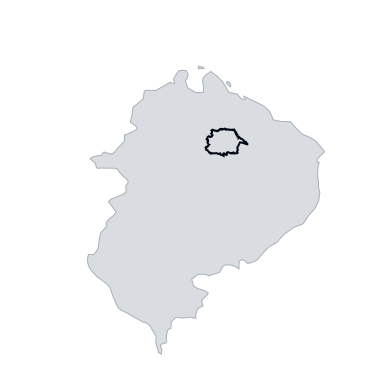 location of Phnum Kravanh, Pouthisat, Cambodia, rotated 142°
{"feature_id": "14789045B35445184191564", "entity_name": "Phnum Kravanh", "entity_type": "district", "adm_level": 2, "iso_a3": "KHM", "parent_name": "Cambodia", "parent_adm1": "Pouthisat", "projection": "orthographic", "projection_center": [103.822, 12.181], "detail": "fine", "context": "in_parent", "style": "outline", "palette": "ink", "viewbox_px": 384, "rotation_deg": 142, "n_neighbors": 0, "source": "geoboundaries", "source_scale": "gbopen_adm2", "svg_char_len": 7662}
<svg xmlns="http://www.w3.org/2000/svg" viewBox="0 0 384 384"><g transform="rotate(142 192 192)"><path d="M316.2,83.2L317.1,86.0L315.1,91.3L313.0,96.1L309.0,100.3L308.8,103.3L307.5,112.5L308.1,115.4L309.1,117.9L310.5,119.2L314.2,128.1L317.5,136.2L320.8,142.8L321.4,147.0L318.7,157.7L315.4,167.6L315.8,172.5L317.3,177.4L319.0,183.9L319.7,192.3L318.9,197.7L317.4,201.1L314.5,204.7L311.9,206.5L308.7,203.6L306.3,203.5L303.0,204.4L300.4,205.8L295.1,210.9L289.3,216.0L281.1,217.3L278.0,221.0L274.6,221.6L268.1,221.8L263.9,222.7L264.1,224.6L263.8,233.3L263.9,235.4L263.3,235.9L260.4,236.2L255.4,234.9L248.6,232.8L243.9,232.5L241.4,236.3L240.0,237.8L238.2,238.1L236.3,238.8L235.7,240.5L235.5,242.6L236.5,246.2L236.9,252.0L236.6,255.9L238.4,258.4L248.7,266.7L251.8,268.8L252.2,270.0L250.4,274.6L252.0,281.0L248.8,280.9L243.4,278.2L240.8,276.5L237.7,277.9L236.7,277.6L234.5,274.5L231.8,271.3L228.9,271.1L222.9,272.4L216.8,273.3L214.5,273.3L213.5,273.9L210.0,278.7L208.5,277.9L202.3,276.1L196.7,275.5L195.5,276.7L196.2,280.6L197.5,284.4L196.8,286.0L193.7,288.0L189.6,291.7L187.1,294.5L185.4,295.2L179.1,295.1L172.9,295.5L170.4,298.1L168.1,300.2L166.1,300.8L158.0,294.2L141.8,292.0L140.1,289.1L138.5,288.5L137.1,292.3L128.2,295.9L124.5,293.7L121.8,291.0L122.2,287.8L124.8,285.2L129.2,283.3L131.2,276.7L127.9,268.2L124.9,265.7L121.8,263.7L118.6,266.9L115.8,272.3L113.0,275.1L108.9,275.7L103.0,275.4L100.8,267.4L100.0,260.4L100.8,252.6L101.7,247.9L96.1,241.4L95.8,235.3L93.1,232.1L92.3,233.7L92.3,235.5L91.5,234.2L82.7,216.1L81.2,207.7L82.8,201.3L83.7,199.2L81.1,195.8L77.5,191.9L71.1,186.8L70.7,178.8L69.4,169.4L67.5,166.2L64.6,160.4L63.0,155.6L62.6,142.9L63.4,141.9L67.9,141.6L73.7,140.7L74.6,138.7L73.6,137.0L77.3,134.1L82.7,127.8L86.8,121.3L89.8,117.1L91.5,113.0L97.5,107.2L105.7,103.2L111.3,102.3L117.1,100.9L122.7,98.9L125.3,98.8L132.2,101.1L136.0,101.7L139.9,101.7L143.9,101.9L147.5,101.7L155.9,100.0L164.9,101.3L172.9,100.3L182.8,98.3L187.7,99.5L192.2,101.4L192.8,105.3L193.8,107.0L195.3,108.4L197.3,108.4L199.8,105.7L201.9,102.9L202.6,102.4L202.7,103.7L203.8,106.7L205.7,109.7L207.6,111.7L210.8,114.2L212.9,114.4L219.7,111.8L229.9,115.4L231.1,117.2L234.4,120.8L238.0,123.4L245.9,123.5L248.7,117.0L247.3,113.1L242.7,106.3L241.4,102.3L242.9,101.6L250.5,100.7L251.7,99.9L253.4,95.5L255.5,96.0L259.7,96.5L264.2,93.4L266.8,90.2L268.2,91.6L269.8,93.9L271.6,95.1L274.8,97.0L278.4,99.7L280.7,102.3L282.5,103.3L287.0,102.5L288.2,102.6L290.8,99.4L292.6,97.6L294.2,98.1L296.5,98.0L301.2,93.9L303.8,90.1L305.3,89.1L309.6,90.9L311.3,90.5L313.6,85.3L316.2,83.2ZM97.8,256.7L96.9,257.2L96.0,257.2L95.2,256.4L95.3,253.5L95.9,251.8L97.4,251.4L97.8,256.7ZM111.2,285.3L109.4,287.2L106.5,283.2L106.5,282.1L111.2,285.3Z" fill="#d9dde1" stroke="#a8b0b8" stroke-width="1"/><path d="M153.5,210.8L153.4,210.8L153.2,210.8L153.2,210.6L152.8,210.7L152.7,210.5L152.6,210.4L152.1,210.1L152.0,209.8L149.9,208.2L149.7,208.1L148.6,207.4L148.3,206.9L148.2,206.6L147.9,205.8L147.7,205.7L147.4,205.4L147.0,205.4L146.9,205.3L146.8,205.1L146.4,205.0L146.1,205.0L146.4,203.5L145.6,203.0L145.5,202.9L145.4,202.8L145.5,202.3L145.2,201.7L144.9,201.4L144.8,201.1L144.1,201.9L144.0,202.2L143.7,202.8L143.4,203.0L143.0,202.9L143.0,202.6L142.9,202.4L143.0,202.4L143.0,202.2L142.8,201.9L142.5,201.2L142.4,200.9L142.5,200.7L142.1,200.3L142.1,200.2L141.9,200.2L141.7,200.1L141.7,200.3L141.0,200.7L141.0,200.9L140.9,200.9L140.2,201.5L139.9,201.6L139.7,201.6L139.5,201.3L139.5,201.1L139.3,201.1L139.0,201.0L138.7,200.8L138.6,200.7L138.4,199.9L138.3,199.6L138.1,199.4L138.1,199.2L137.8,198.9L137.6,198.6L137.3,198.5L137.2,198.3L137.1,198.5L136.8,198.4L136.5,198.3L136.3,197.9L136.0,197.8L135.5,197.6L135.3,197.5L135.2,197.7L134.9,197.6L134.8,197.3L135.0,197.2L135.3,197.0L135.3,196.9L135.0,196.8L135.0,196.7L134.6,196.4L134.6,195.9L133.9,195.6L132.4,194.8L132.3,194.7L132.1,194.7L131.9,194.8L131.9,195.0L132.0,195.5L131.9,195.8L131.8,196.1L131.2,196.4L130.4,196.6L130.1,196.8L129.7,197.3L129.6,198.2L129.6,198.3L129.2,198.8L128.7,199.1L128.6,199.3L128.4,199.3L127.9,199.5L123.6,201.6L122.6,200.5L122.4,200.3L121.6,199.3L121.4,199.0L121.3,198.8L120.5,197.5L119.5,196.0L119.0,195.5L118.8,195.6L118.7,195.8L118.7,196.0L118.9,196.1L118.9,196.5L119.3,197.1L119.0,197.5L119.0,197.9L118.8,198.0L118.7,198.1L119.2,198.7L119.4,199.0L119.6,199.0L119.9,199.4L119.7,199.5L119.8,199.6L120.0,199.7L120.0,199.9L119.8,200.2L119.6,200.3L119.6,200.7L119.5,200.9L119.5,201.1L119.6,201.3L119.6,201.5L119.7,201.8L119.8,202.0L119.9,202.7L120.0,202.8L120.1,203.2L120.4,203.4L120.4,203.8L120.8,204.2L120.8,204.3L120.7,204.8L120.9,205.5L121.0,205.6L121.4,205.7L121.5,205.7L121.5,205.9L121.9,205.9L121.8,206.0L121.7,206.1L121.7,206.3L121.5,206.5L121.8,206.6L121.7,206.9L121.7,207.2L121.8,207.3L121.6,207.4L121.7,207.6L121.6,207.8L121.7,208.0L121.8,208.3L121.7,208.4L121.5,208.6L121.4,208.7L121.3,208.8L121.5,208.9L121.4,209.1L121.5,209.3L121.4,209.4L121.4,209.7L121.2,209.7L121.0,209.8L121.0,210.1L121.2,210.3L121.2,210.5L121.0,210.9L120.9,211.1L121.0,211.1L120.9,211.2L120.9,211.4L120.8,211.7L120.9,211.8L120.7,211.9L120.9,212.1L121.1,212.5L121.0,212.9L121.0,213.1L120.7,213.3L120.3,214.1L120.3,214.3L120.8,214.8L120.8,215.0L120.6,215.4L121.0,215.5L121.3,215.6L121.4,215.8L121.7,215.8L122.1,215.9L122.3,216.2L122.1,216.3L122.1,216.5L122.6,216.8L123.2,217.2L123.3,217.3L123.6,217.4L123.7,217.7L123.8,217.9L124.0,217.9L124.2,218.0L124.4,218.1L124.7,218.7L124.9,218.7L125.0,218.9L125.2,219.0L125.3,219.2L125.4,219.4L125.4,219.5L125.8,219.7L126.0,219.8L126.4,219.9L126.7,220.0L126.9,220.1L127.0,220.4L127.0,220.6L126.9,220.7L126.8,220.8L126.6,220.9L126.6,221.0L126.9,221.2L127.0,221.5L127.4,221.4L127.5,221.5L127.7,221.8L127.8,221.8L127.9,222.0L128.2,222.0L128.5,222.1L128.7,222.3L128.9,222.5L129.6,222.5L129.8,222.5L130.0,222.6L130.1,223.0L130.1,223.4L130.1,223.5L129.9,223.6L130.1,223.8L130.5,223.9L130.7,224.2L130.8,224.3L131.1,224.4L131.7,224.0L132.2,223.8L132.3,223.9L132.5,224.2L132.7,224.3L132.9,224.5L133.2,224.5L133.3,224.5L133.6,224.1L133.9,224.2L134.3,224.1L134.5,224.2L134.8,224.6L135.0,224.8L135.0,225.0L135.2,225.3L135.3,225.4L135.5,225.3L135.8,225.7L135.8,226.0L136.0,226.1L136.1,226.4L136.6,226.8L136.8,227.2L136.8,227.3L136.9,227.5L137.1,228.1L137.4,228.1L137.9,228.6L138.2,228.6L138.4,228.3L138.8,228.4L138.8,228.0L138.7,227.7L138.8,227.4L139.1,227.2L139.4,226.9L139.6,226.5L140.2,226.3L140.7,226.2L140.8,226.2L140.8,225.9L141.0,225.9L141.0,225.6L140.9,225.4L140.8,225.2L140.8,224.7L140.8,224.4L140.8,224.2L141.2,224.2L141.5,224.0L141.8,223.9L141.9,223.7L142.1,223.6L142.3,223.6L142.6,223.8L142.8,223.9L143.0,223.8L143.1,224.0L143.6,224.0L143.9,224.2L143.9,224.5L144.0,224.7L144.0,224.8L144.1,225.0L144.4,225.3L144.4,225.6L144.6,225.7L144.9,225.6L145.7,225.7L145.8,225.7L146.1,225.5L146.3,225.3L146.6,225.1L146.9,224.9L147.0,224.7L147.6,224.8L147.8,224.7L148.0,224.6L148.0,224.4L147.8,223.7L147.6,223.3L147.6,223.1L147.4,223.0L147.4,222.9L147.8,222.3L148.0,222.2L148.1,222.3L148.4,222.4L148.5,222.3L148.7,221.9L148.6,221.7L148.9,221.5L149.2,221.7L149.3,221.6L149.3,221.4L149.3,221.2L149.4,220.9L149.5,220.6L149.6,220.2L149.6,219.9L149.7,219.6L149.7,219.2L149.5,218.8L150.0,218.8L150.4,218.4L150.6,218.4L151.1,218.3L151.6,218.6L152.0,218.5L152.1,218.4L152.1,218.2L152.3,218.2L152.7,218.2L152.9,218.2L153.2,218.4L153.4,218.7L153.5,218.8L153.8,218.8L153.9,218.6L153.8,218.2L154.3,217.2L154.8,216.9L154.8,216.6L154.7,216.5L154.6,216.3L154.7,216.2L154.6,215.9L154.4,215.7L154.1,215.5L154.0,215.4L154.1,215.0L154.1,214.8L154.1,213.7L154.0,213.2L154.0,212.5L153.9,212.4L154.0,212.3L153.9,212.2L153.7,212.0L153.4,211.8L153.4,211.5L153.3,211.3L153.6,211.0L153.6,210.8L153.5,210.8Z" fill="none" stroke="#020617" stroke-width="2"/></g></svg>